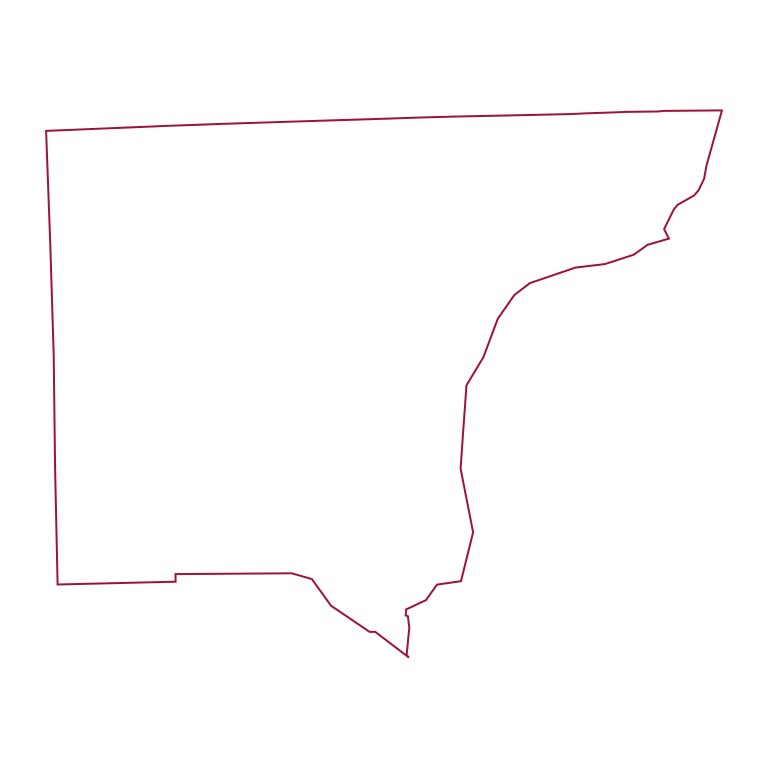 Wayne, Michigan, United States of America
{"feature_id": "52423323B15255243376052", "entity_name": "Wayne", "entity_type": "district", "adm_level": 2, "iso_a3": "USA", "parent_name": "United States of America", "parent_adm1": "Michigan", "projection": "equal_earth", "projection_center": [-83.141, 42.24], "detail": "fine", "context": "isolated", "style": "outline", "palette": "rose", "viewbox_px": 768, "rotation_deg": 0, "n_neighbors": 0, "source": "geoboundaries", "source_scale": "gbopen_adm2", "svg_char_len": 902}
<svg xmlns="http://www.w3.org/2000/svg" viewBox="0 0 768 768"><path d="M510.7,115.4L452.5,116.6L442.7,116.9L427.8,117.3L413.9,117.7L394.5,118.4L391.5,118.5L279.2,122.0L228.6,123.7L221.1,123.9L163.3,126.0L46.1,130.9L50.2,242.3L53.7,354.8L55.1,469.2L57.6,584.5L175.6,581.7L175.5,574.1L291.7,573.3L311.9,579.1L331.0,605.7L369.6,631.9L375.3,631.9L409.0,657.6L406.6,655.0L409.3,627.9L407.9,616.2L405.7,615.4L406.2,609.4L424.1,601.0L426.0,600.1L437.0,584.6L461.0,581.2L473.1,532.3L460.6,468.7L463.1,432.3L466.1,390.8L466.4,385.5L483.4,357.2L495.7,324.3L497.7,318.9L514.4,294.9L529.9,283.1L575.3,267.6L604.8,264.1L633.7,254.7L647.6,244.8L668.9,238.6L664.1,229.1L673.7,209.6L677.6,204.8L694.2,195.4L698.6,190.2L704.1,178.8L706.4,165.9L709.1,156.3L721.9,110.6L721.8,110.4L664.2,110.9L657.4,111.5L625.2,111.9L622.1,112.1L587.3,113.3L568.8,114.1L510.7,115.4Z" fill="none" stroke="#9f1239" stroke-width="2"/></svg>